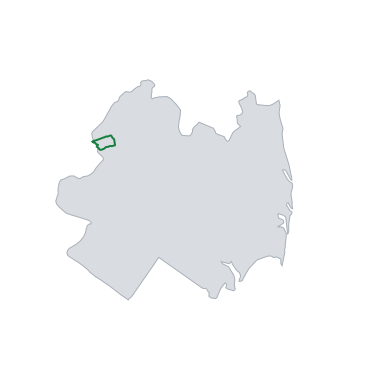 Bayi-Brikolo, Haut-Ogooué, Gabon shown in context, rotated 215°
{"feature_id": "22940354B11019670045233", "entity_name": "Bayi-Brikolo", "entity_type": "district", "adm_level": 2, "iso_a3": "GAB", "parent_name": "Gabon", "parent_adm1": "Haut-Ogooué", "projection": "mercator", "projection_center": [14.109, -0.581], "detail": "fine", "context": "in_parent", "style": "outline", "palette": "green", "viewbox_px": 384, "rotation_deg": 215, "n_neighbors": 0, "source": "geoboundaries", "source_scale": "gbopen_adm2", "svg_char_len": 4256}
<svg xmlns="http://www.w3.org/2000/svg" viewBox="0 0 384 384"><g transform="rotate(215 192 192)"><path d="M260.4,72.7L260.2,75.5L257.0,82.4L255.5,87.7L255.1,93.3L256.0,97.8L257.5,101.1L258.5,104.6L257.7,107.1L256.2,108.1L257.3,109.4L259.6,109.7L263.5,108.6L269.6,106.7L277.6,104.0L282.8,102.5L291.4,103.4L296.0,104.5L298.4,106.4L300.9,114.5L302.2,115.7L304.3,119.2L306.0,123.3L306.4,125.4L306.2,126.9L304.4,129.2L302.5,132.5L301.8,134.4L300.1,135.9L298.0,137.4L292.3,138.0L291.4,138.8L289.8,142.3L286.7,145.3L285.3,148.1L284.1,151.9L284.4,156.5L283.8,163.2L283.1,167.7L284.7,169.3L291.5,170.4L292.9,171.3L294.7,174.1L297.1,176.7L303.4,178.4L305.8,180.4L307.8,182.6L308.1,184.4L306.6,191.6L305.3,198.6L305.8,203.9L306.3,208.9L307.1,216.3L306.7,220.8L304.9,223.6L304.9,225.7L305.8,228.3L304.2,235.5L303.2,236.7L300.3,238.0L298.9,240.0L298.4,243.0L296.9,247.1L295.3,248.6L295.3,250.6L296.8,252.0L296.8,254.1L294.0,256.7L292.3,258.7L288.5,259.6L284.2,258.6L283.2,257.2L284.2,255.0L283.9,253.2L282.4,251.3L280.1,246.5L278.1,245.5L276.9,247.4L273.4,251.1L267.3,255.8L262.9,256.2L254.9,254.7L248.3,252.5L245.1,247.0L243.1,242.4L240.3,237.2L237.1,234.6L233.6,233.0L232.1,232.9L227.2,235.9L225.8,237.0L225.8,239.5L226.2,241.8L227.0,242.9L227.6,244.4L227.5,246.7L226.6,249.8L226.3,253.2L211.0,256.5L208.3,255.3L206.4,253.8L204.1,254.0L197.4,255.8L195.0,254.6L192.5,253.7L191.4,254.4L191.3,255.9L192.5,263.8L192.1,266.9L190.6,270.8L189.8,273.5L193.9,274.3L195.4,275.6L196.8,277.6L198.8,279.4L198.9,280.6L196.7,282.7L195.9,285.2L197.0,287.2L199.7,289.3L203.8,291.5L205.8,292.9L205.6,294.2L203.7,297.0L203.0,299.4L201.7,301.5L201.9,303.5L203.8,305.3L203.6,306.9L202.3,308.2L199.8,307.9L197.7,308.1L195.8,307.6L189.8,301.2L188.5,301.1L179.8,305.9L177.6,307.9L175.9,310.8L173.5,317.0L169.5,313.4L166.1,306.8L162.1,302.7L153.8,296.1L151.6,291.3L142.0,280.6L128.3,270.0L118.4,260.7L116.9,258.7L118.5,258.9L128.1,263.6L129.4,263.0L130.5,262.0L126.4,259.6L122.5,257.7L118.7,256.5L115.0,256.6L113.0,254.7L111.6,251.7L110.9,249.1L109.3,246.5L104.0,241.0L102.8,238.9L99.9,236.0L101.6,235.6L107.3,238.4L107.8,237.3L107.3,235.7L101.6,233.0L98.5,232.9L97.8,231.0L98.2,228.9L94.2,220.9L90.0,214.9L89.3,212.1L100.7,225.1L102.2,225.3L104.2,225.2L108.9,223.8L108.0,222.0L105.9,220.2L103.8,221.0L101.2,221.2L99.8,220.4L99.1,219.1L101.8,212.8L100.6,213.1L99.8,214.2L98.3,214.7L96.1,215.1L90.5,211.7L85.5,202.6L84.2,200.7L82.9,197.5L81.6,196.2L75.9,183.3L78.1,184.2L80.7,188.0L85.7,187.2L87.7,185.0L89.4,185.1L91.1,184.6L93.4,182.6L99.8,173.6L101.5,161.9L100.9,154.9L100.0,147.9L102.1,145.7L103.0,147.2L103.4,149.6L104.4,151.5L106.7,153.1L110.9,153.5L117.5,156.1L119.9,157.7L120.5,154.5L128.1,151.7L125.8,150.7L119.1,151.8L109.8,147.6L106.8,145.0L103.9,140.0L100.9,137.3L101.1,135.0L107.8,132.8L109.5,133.1L110.2,135.7L112.0,136.7L112.7,136.4L113.0,134.1L113.0,128.2L111.0,119.7L111.6,118.1L113.4,117.5L115.0,116.3L116.2,116.1L118.4,116.3L119.6,118.3L120.2,119.4L122.4,119.9L124.3,120.9L125.9,120.7L127.2,119.4L129.2,119.2L135.2,119.2L140.7,119.2L151.6,119.3L162.6,119.3L173.5,119.3L181.7,119.4L181.7,114.5L181.6,107.0L181.6,98.1L181.5,89.6L181.5,81.7L181.4,72.4L181.9,69.8L182.4,68.6L182.2,67.1L190.7,67.0L206.0,67.7L212.7,67.6L214.6,67.7L222.9,67.3L229.7,67.8L232.6,68.5L235.1,68.8L243.3,69.2L253.8,68.7L257.4,68.8L259.4,70.1L260.4,72.7Z" fill="#d9dde1" stroke="#a8b0b8" stroke-width="1"/><path d="M302.4,176.2L302.2,176.2L301.7,176.0L301.1,176.0L300.7,176.2L300.2,176.5L299.8,176.6L299.3,176.6L298.8,176.4L298.5,176.3L297.9,176.2L297.5,176.2L297.0,176.4L296.5,176.6L296.1,176.6L296.0,175.6L296.1,174.8L296.0,174.5L294.4,174.5L293.7,174.4L293.0,174.2L292.6,173.9L291.7,173.9L291.1,174.0L290.7,174.4L290.1,175.2L289.4,176.1L289.0,176.8L288.7,177.6L288.5,178.3L288.3,179.4L287.8,179.9L287.4,180.2L286.9,180.6L285.5,182.7L284.9,183.1L284.5,183.3L283.9,183.6L282.4,185.5L282.0,186.0L282.0,186.3L282.4,186.7L285.9,190.4L286.6,190.6L287.6,190.7L288.2,190.8L288.8,191.0L289.4,191.3L289.9,191.6L290.4,191.8L290.9,191.7L291.6,191.1L292.1,190.2L292.7,189.4L293.4,188.6L293.8,188.5L294.2,188.3L294.7,187.4L294.9,186.8L295.3,186.4L296.0,185.6L296.3,185.0L298.0,182.6L299.9,179.8L300.6,178.9L301.1,178.4L301.5,177.9L302.1,177.1L302.4,176.2Z" fill="none" stroke="#15803d" stroke-width="2"/></g></svg>